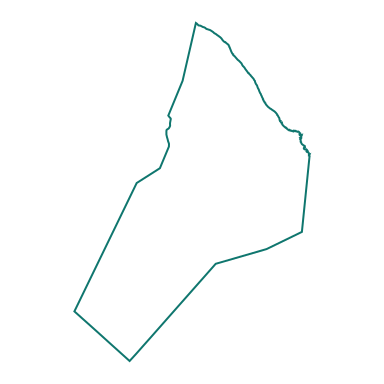 outline of Gagaemauga I, Gaga'emauga, Samoa
{"feature_id": "51752279B56154317281841", "entity_name": "Gagaemauga I", "entity_type": "district", "adm_level": 2, "iso_a3": "WSM", "parent_name": "Samoa", "parent_adm1": "Gaga'emauga", "projection": "orthographic", "projection_center": [-172.292, -13.543], "detail": "fine", "context": "isolated", "style": "outline", "palette": "teal", "viewbox_px": 384, "rotation_deg": 0, "n_neighbors": 0, "source": "geoboundaries", "source_scale": "gbopen_adm2", "svg_char_len": 2780}
<svg xmlns="http://www.w3.org/2000/svg" viewBox="0 0 384 384"><path d="M155.3,332.2L167.3,318.6L215.7,263.8L266.5,249.1L301.9,231.9L309.5,156.6L309.6,156.2L309.2,155.5L309.5,154.7L308.9,155.0L308.9,153.2L308.5,152.6L308.1,152.3L307.2,152.1L306.6,151.6L306.4,151.1L306.6,150.3L307.2,150.3L306.8,149.7L306.0,149.2L305.3,149.3L304.5,149.3L304.0,148.8L303.8,148.2L304.5,146.7L304.9,146.8L304.7,145.9L303.4,145.3L303.0,144.9L302.0,144.2L301.6,143.6L301.1,142.6L301.1,142.1L300.7,141.9L300.6,141.3L300.7,140.4L300.6,139.8L300.2,139.2L300.7,138.8L300.3,138.1L300.4,137.9L301.2,137.9L301.2,137.6L300.6,137.3L301.3,136.9L301.2,136.2L301.6,135.5L301.2,135.3L301.6,134.7L301.2,134.7L300.4,135.2L299.7,135.0L299.5,134.2L299.8,133.9L300.0,133.3L299.5,133.1L299.5,132.6L299.1,132.1L298.5,131.6L298.0,131.5L297.5,131.8L296.2,131.3L295.9,131.0L295.4,131.2L295.0,130.8L294.7,131.0L293.8,130.6L293.4,130.7L293.3,131.4L291.5,130.9L291.2,130.6L290.6,130.7L289.7,129.9L289.2,130.3L288.8,129.9L288.6,130.0L287.4,129.2L287.0,128.7L286.0,128.0L286.2,127.8L285.6,127.3L285.2,127.4L283.7,126.1L282.5,124.8L282.3,124.1L281.8,123.7L281.9,122.7L281.4,122.8L280.4,121.5L280.5,121.0L280.0,121.0L279.5,119.7L279.6,119.4L279.2,117.9L278.7,117.3L278.2,116.3L277.7,115.4L277.2,115.0L277.2,114.5L275.9,112.8L274.6,111.5L273.3,110.6L272.2,109.9L270.9,108.9L270.2,108.6L268.9,107.5L268.2,107.0L267.3,106.0L265.9,104.4L265.5,103.6L265.5,103.3L264.8,102.7L264.8,102.3L264.3,101.9L264.2,101.4L263.7,100.9L263.4,100.3L263.2,99.3L262.9,99.2L262.8,98.5L261.9,96.8L261.8,96.3L261.0,94.8L260.8,94.0L260.1,93.0L259.4,91.4L259.0,90.4L258.7,89.3L258.2,88.7L257.6,87.3L257.0,85.4L256.2,84.4L255.7,83.5L255.0,81.7L254.9,80.9L254.2,80.1L253.5,78.7L252.2,77.3L252.0,77.0L250.8,75.7L250.4,75.0L249.5,74.3L248.6,73.0L248.2,73.0L247.7,72.2L245.3,69.0L244.4,67.5L243.9,67.0L243.4,66.4L242.9,66.0L242.3,65.1L241.5,63.4L239.1,60.9L237.7,59.8L234.4,56.0L233.5,55.4L233.1,54.8L233.2,54.3L232.3,53.6L231.2,51.4L230.4,49.3L230.0,48.4L229.8,47.7L229.4,47.2L229.3,46.4L228.7,45.6L228.6,45.0L228.0,44.4L226.4,43.2L225.3,42.1L224.9,42.2L224.0,41.6L222.8,40.4L221.4,38.4L220.2,37.2L219.4,36.7L218.4,35.8L217.9,35.6L216.7,34.7L216.4,34.4L215.5,33.8L214.3,33.2L213.3,32.2L211.3,30.8L209.7,29.9L208.5,29.6L207.5,29.2L206.9,29.1L206.2,28.8L205.3,27.9L204.1,27.3L202.9,27.0L200.5,25.7L198.5,25.4L196.9,23.7L195.9,23.0L190.5,46.5L182.6,80.8L168.3,115.6L169.6,117.3L170.4,118.1L170.8,118.9L170.1,122.6L170.0,123.6L170.1,125.8L169.7,126.8L169.1,127.9L168.5,128.6L166.8,129.7L166.5,130.2L166.4,131.3L166.4,134.5L167.0,137.2L167.6,139.2L168.1,141.3L168.6,142.6L169.0,143.9L168.9,146.6L159.9,168.2L136.7,183.0L74.4,311.4L97.0,331.6L108.6,342.1L129.6,361.0L135.9,354.1L143.6,345.4L150.1,338.1L155.3,332.2Z" fill="none" stroke="#0f766e" stroke-width="2"/></svg>